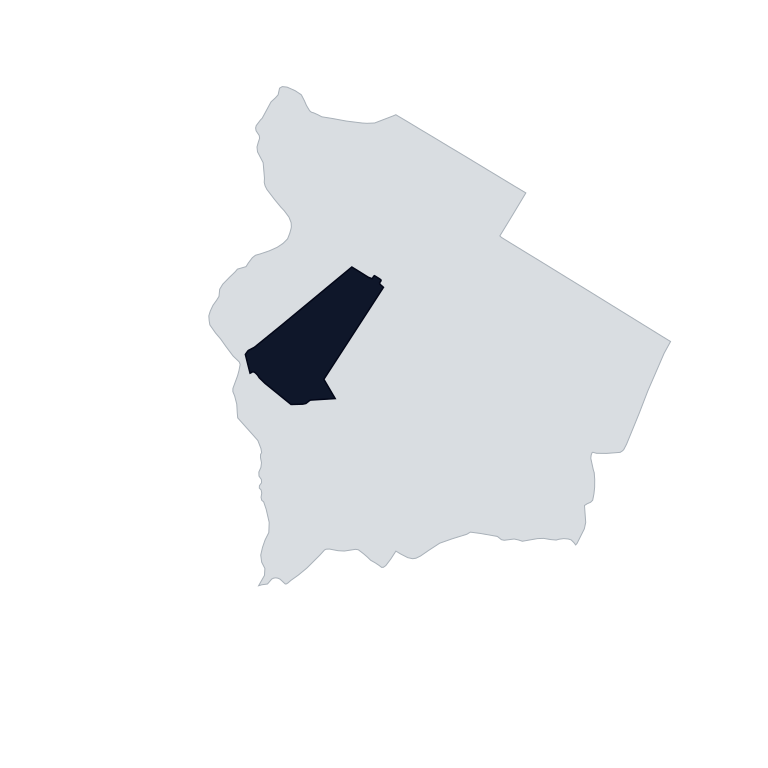 Kweneng highlighted on a map of Botswana, rotated 123°
{"feature_id": "BWA-2647", "entity_name": "Kweneng", "entity_type": "District", "adm_level": 1, "iso_a3": "BWA", "parent_name": "Botswana", "parent_adm1": "", "projection": "orthographic", "projection_center": [24.77, -23.86], "detail": "fine", "context": "in_parent", "style": "filled", "palette": "ink", "viewbox_px": 768, "rotation_deg": 123, "n_neighbors": 0, "source": "natural_earth", "source_scale": "10m", "svg_char_len": 3377}
<svg xmlns="http://www.w3.org/2000/svg" viewBox="0 0 768 768"><g transform="rotate(123 384 384)"><path d="M414.6,135.6L413.6,138.3L412.8,142.2L413.7,145.2L415.8,149.1L418.8,152.6L421.1,154.6L423.8,159.7L426.5,166.0L430.0,171.0L440.5,182.3L441.6,186.4L443.1,190.4L449.6,198.1L450.6,200.7L450.1,205.9L456.8,221.7L461.2,230.9L464.9,232.7L476.8,242.6L487.2,250.6L499.4,256.0L508.4,259.7L512.7,262.3L514.9,264.8L516.7,269.5L517.5,277.7L517.7,283.0L527.3,283.0L535.3,283.6L538.1,284.7L539.1,286.2L538.8,289.7L538.8,294.9L539.1,299.1L538.2,303.6L537.5,308.8L537.0,315.3L538.2,317.9L545.7,326.3L548.8,331.7L552.1,339.8L554.0,342.5L555.6,343.5L562.5,344.6L580.2,348.4L591.0,351.8L599.6,355.2L603.2,356.2L605.0,357.1L605.5,357.9L604.3,364.9L604.6,367.1L605.5,369.2L606.9,370.8L608.7,371.9L615.2,372.8L619.0,377.2L621.5,379.3L609.6,380.0L603.6,383.4L600.0,389.6L594.6,394.2L587.2,396.9L579.5,398.8L571.3,399.7L562.6,404.9L553.2,414.6L548.4,420.7L548.1,423.2L546.0,425.4L542.1,427.1L539.8,429.3L539.2,431.9L537.1,433.1L533.5,432.9L530.9,434.8L529.3,438.7L526.0,441.0L521.0,441.8L516.7,443.9L513.0,447.5L510.2,449.2L508.2,449.2L505.1,452.1L500.1,459.0L499.2,462.2L492.1,488.2L488.3,491.2L481.1,496.5L475.3,502.8L472.7,506.6L470.0,508.3L456.8,511.3L451.8,512.9L445.9,515.3L444.3,517.5L442.8,525.6L438.6,537.1L435.2,545.6L433.0,553.0L429.3,562.2L426.0,565.2L422.3,568.0L417.5,569.4L411.0,570.3L405.0,570.0L400.4,570.1L394.0,573.4L388.1,573.6L378.6,571.7L370.9,569.9L367.5,569.5L360.7,563.6L356.4,563.7L349.7,563.2L346.0,561.9L342.5,558.8L334.9,552.8L327.5,548.0L320.9,545.2L314.8,543.9L309.0,545.1L304.5,546.5L302.8,547.2L299.3,549.7L295.8,554.6L293.0,562.1L291.9,566.7L288.8,576.5L284.6,588.2L282.6,591.6L280.2,594.2L276.4,596.4L264.2,605.9L258.2,616.5L254.4,619.6L249.7,621.1L245.8,622.1L243.6,623.9L241.3,629.2L239.2,631.1L236.9,631.9L229.8,631.4L227.5,630.9L208.9,632.4L203.1,630.9L199.1,630.3L192.8,632.7L190.0,631.3L187.8,627.0L186.4,618.2L186.5,610.8L189.8,605.0L192.6,600.8L195.3,595.3L195.6,592.8L194.9,590.7L194.2,586.2L193.8,581.7L189.4,571.8L184.0,558.8L176.9,544.2L174.6,540.2L170.2,534.0L154.1,522.3L151.7,520.7L151.7,519.4L151.2,507.6L150.7,491.9L150.1,476.2L149.6,460.6L149.0,444.9L148.5,429.3L148.0,413.6L147.5,397.9L147.0,382.3L146.5,369.1L158.0,368.7L172.3,368.2L189.2,367.7L196.7,367.5L197.1,365.4L196.9,355.7L196.3,333.4L195.7,311.2L195.2,288.9L194.6,266.7L194.1,244.4L193.6,222.2L193.1,200.0L192.6,177.8L192.3,166.8L205.7,165.8L221.0,163.2L246.0,159.0L269.2,154.1L284.3,151.2L302.3,147.8L308.5,147.2L310.2,147.6L312.7,148.7L321.1,159.7L326.4,168.1L327.5,171.7L328.5,172.1L330.9,171.5L333.7,170.1L342.1,161.6L343.9,159.4L349.3,155.3L355.9,151.1L361.8,148.1L367.8,145.7L370.6,146.3L373.8,148.4L376.7,149.7L390.3,139.4L396.4,137.1L412.4,135.3L414.6,135.6Z" fill="#d9dde1" stroke="#a8b0b8" stroke-width="1"/><path d="M412.8,437.0L422.8,417.0L437.4,436.7L437.8,437.1L438.5,437.4L442.9,438.9L445.1,441.1L451.8,450.8L448.3,484.1L446.7,492.1L446.1,493.3L445.4,494.9L444.7,498.0L444.8,499.6L445.1,500.6L445.6,501.0L446.1,501.2L447.1,501.7L447.9,502.2L442.1,508.5L434.7,516.4L430.5,516.2L429.6,516.0L423.8,512.7L391.3,502.2L382.7,499.5L303.4,474.7L303.0,455.2L302.1,451.3L299.3,451.3L298.8,451.2L298.4,451.1L298.3,450.7L298.2,445.5L298.3,443.4L298.7,442.9L299.2,442.7L301.5,442.8L302.5,441.8L303.2,437.1L412.8,437.0Z" fill="#0f172a" stroke="#020617" stroke-width="1.5"/></g></svg>